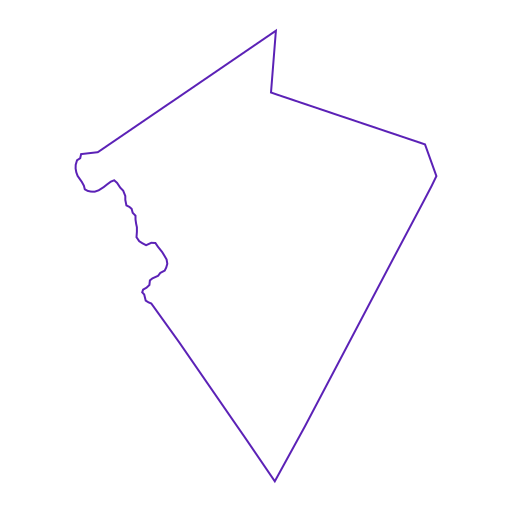 outline of São Benedito do Rio Preto, Maranhão, Brazil
{"feature_id": "56859067B52035287226996", "entity_name": "São Benedito do Rio Preto", "entity_type": "district", "adm_level": 2, "iso_a3": "BRA", "parent_name": "Brazil", "parent_adm1": "Maranhão", "projection": "mercator", "projection_center": [-43.709, -3.395], "detail": "fine", "context": "isolated", "style": "outline", "palette": "violet", "viewbox_px": 512, "rotation_deg": 0, "n_neighbors": 0, "source": "geoboundaries", "source_scale": "gbopen_adm2", "svg_char_len": 1067}
<svg xmlns="http://www.w3.org/2000/svg" viewBox="0 0 512 512"><path d="M275.9,30.7L201.5,81.5L172.8,101.1L166.7,105.2L97.8,152.2L81.1,154.1L80.2,158.2L77.0,160.3L75.7,164.8L75.6,168.5L76.3,172.3L77.6,175.9L81.8,181.9L83.9,185.7L84.8,189.3L87.7,190.9L91.0,191.6L94.7,191.7L98.7,190.3L103.7,187.1L107.1,184.4L110.9,181.6L114.2,180.3L117.1,182.9L120.2,187.6L123.2,190.7L125.3,196.0L125.3,199.9L126.4,205.4L129.4,206.9L131.6,208.8L132.7,212.8L135.5,215.7L135.5,219.4L136.1,223.6L136.9,227.3L136.9,231.8L136.5,237.2L139.2,241.2L142.3,243.2L146.1,245.2L151.3,242.8L155.4,243.0L157.9,246.7L162.2,252.1L164.4,255.7L166.6,259.5L167.3,263.8L166.2,267.6L164.7,270.6L160.3,272.9L158.1,275.8L152.4,278.4L149.9,280.4L149.4,285.0L146.5,287.7L143.1,289.6L142.2,292.3L144.2,294.5L145.7,300.6L148.4,302.3L151.3,303.5L179.1,342.2L206.7,382.2L232.8,420.0L236.2,424.9L245.7,438.6L274.8,481.3L304.9,426.4L340.7,358.4L375.6,292.1L395.2,254.9L423.8,200.9L431.5,186.2L436.4,176.1L425.0,144.4L335.5,114.3L278.2,95.0L271.0,92.5L275.9,30.7Z" fill="none" stroke="#5b21b6" stroke-width="2"/></svg>